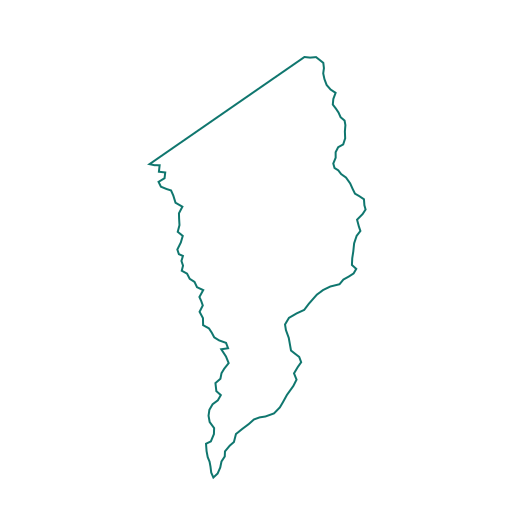 Combinado, Tocantins, Brazil (Natural Earth projection), rotated 229°
{"feature_id": "56859067B5842714986780", "entity_name": "Combinado", "entity_type": "district", "adm_level": 2, "iso_a3": "BRA", "parent_name": "Brazil", "parent_adm1": "Tocantins", "projection": "natural_earth1", "projection_center": [-46.528, -12.835], "detail": "fine", "context": "isolated", "style": "outline", "palette": "teal", "viewbox_px": 512, "rotation_deg": 229, "n_neighbors": 0, "source": "geoboundaries", "source_scale": "gbopen_adm2", "svg_char_len": 1992}
<svg xmlns="http://www.w3.org/2000/svg" viewBox="0 0 512 512"><g transform="rotate(229 256 256)"><path d="M136.1,205.5L142.5,207.7L144.8,214.7L146.2,220.4L151.5,222.4L156.9,221.3L161.7,220.4L166.7,223.4L172.7,227.0L180.5,230.0L185.3,233.0L187.7,240.3L186.0,249.1L183.7,257.0L185.3,264.6L186.1,270.5L186.9,276.6L186.3,284.4L184.2,292.1L179.9,300.5L180.9,306.5L179.6,312.6L178.8,318.2L180.5,323.2L186.3,322.5L191.2,327.2L195.6,332.4L201.2,338.4L205.2,345.2L206.4,351.2L211.0,353.1L217.1,356.1L217.7,364.0L219.2,369.2L223.2,371.1L228.0,374.7L233.8,373.1L238.1,371.6L243.4,373.0L249.0,374.7L256.2,375.4L261.9,374.0L266.7,374.3L270.9,373.0L275.1,375.0L277.9,380.6L282.1,384.2L284.2,389.4L283.0,395.0L286.3,400.5L291.7,404.8L296.1,409.3L300.1,411.7L305.2,410.9L310.1,412.4L314.9,413.0L319.9,413.3L323.8,417.4L326.9,423.1L332.7,421.5L338.7,421.5L344.6,423.7L349.7,426.5L353.2,430.5L357.6,433.5L366.7,431.8L370.2,427.0L374.4,423.1L395.2,235.9L391.2,238.9L387.7,242.8L383.3,238.0L378.6,242.3L374.7,238.0L375.9,231.1L370.7,229.7L365.3,232.4L361.2,234.9L356.0,233.3L349.0,230.2L341.5,232.8L338.8,225.9L334.8,222.6L329.5,218.5L325.6,212.8L319.2,213.9L315.5,208.1L312.5,200.9L308.0,199.0L304.0,200.9L301.2,196.5L296.6,194.6L293.6,190.3L287.9,192.4L282.3,191.0L276.8,192.6L271.1,191.0L264.9,193.8L262.2,186.4L257.9,185.1L253.6,183.4L250.9,176.8L243.9,175.2L238.5,170.7L232.2,173.0L227.1,172.3L222.0,171.1L216.5,172.8L210.1,176.4L204.7,174.4L208.4,168.6L199.8,167.4L193.1,165.1L191.8,158.1L190.2,153.1L186.7,148.6L186.7,142.0L180.0,137.4L174.1,138.2L172.1,132.5L172.6,126.0L170.5,119.9L166.6,115.4L161.1,112.1L153.6,111.5L149.2,107.4L145.7,100.3L147.1,95.1L141.2,90.7L135.9,87.6L131.2,86.0L126.8,83.4L121.9,80.1L116.8,78.5L117.0,84.3L119.8,90.2L123.6,95.2L125.2,100.9L128.9,104.4L130.1,111.8L130.1,117.3L134.8,124.1L134.5,132.2L133.9,140.6L134.0,147.2L131.8,152.9L128.7,157.8L125.4,166.3L126.1,174.7L128.0,180.4L130.9,188.3L133.4,198.9L136.1,205.5Z" fill="none" stroke="#0f766e" stroke-width="2"/></g></svg>